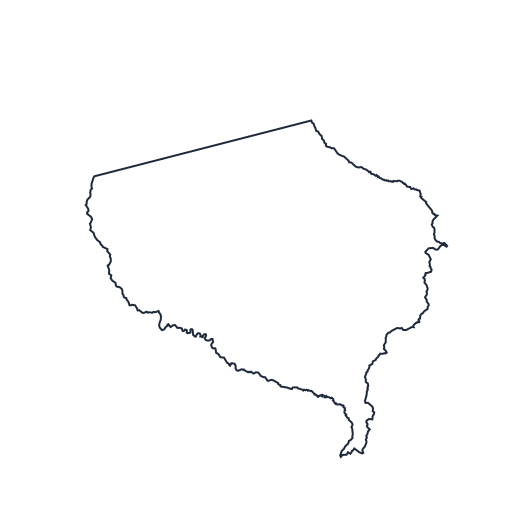 Ñorquín, Neuquén, Argentina (Mercator projection), rotated 205°
{"feature_id": "61730980B83392374898421", "entity_name": "Ñorquín", "entity_type": "district", "adm_level": 2, "iso_a3": "ARG", "parent_name": "Argentina", "parent_adm1": "Neuquén", "projection": "mercator", "projection_center": [-70.939, -37.623], "detail": "fine", "context": "isolated", "style": "outline", "palette": "slate", "viewbox_px": 512, "rotation_deg": 205, "n_neighbors": 0, "source": "geoboundaries", "source_scale": "gbopen_adm2", "svg_char_len": 6034}
<svg xmlns="http://www.w3.org/2000/svg" viewBox="0 0 512 512"><g transform="rotate(205 256 256)"><path d="M94.2,109.8L93.5,112.3L89.9,114.2L89.7,117.0L87.0,116.6L86.5,118.0L86.7,119.7L86.0,120.6L85.6,123.1L79.5,121.8L76.4,121.9L75.6,122.8L77.3,124.6L77.7,126.2L76.8,129.4L77.1,133.7L77.7,134.9L78.8,135.8L78.8,138.3L80.0,139.4L79.8,142.1L80.4,144.3L79.6,146.9L82.9,148.0L83.8,149.1L83.6,150.2L84.3,151.3L85.7,151.9L86.3,153.2L84.8,156.0L81.5,157.1L82.6,160.3L82.3,162.7L82.8,164.3L84.7,164.7L85.6,167.6L87.3,168.8L92.6,170.3L94.6,169.1L96.0,170.7L97.0,176.7L98.3,180.2L98.1,181.9L99.0,182.8L98.9,183.8L99.6,184.7L99.4,185.8L100.8,187.8L102.9,188.1L103.7,188.9L104.2,190.5L106.2,192.6L106.4,196.3L106.8,196.8L106.1,198.6L106.5,199.6L106.1,201.4L106.4,203.7L107.0,204.7L105.0,207.1L105.5,210.0L103.6,212.4L103.7,213.8L103.0,215.3L102.6,217.1L102.9,217.8L102.2,218.7L102.3,219.9L100.0,220.8L98.4,222.3L97.5,222.3L96.7,223.7L98.3,224.9L100.8,225.8L101.2,227.7L102.4,228.9L102.0,232.8L103.9,236.7L103.9,238.2L104.4,239.5L103.8,242.1L102.3,243.4L101.8,244.9L97.8,250.3L94.4,251.4L93.6,252.4L91.3,251.2L88.7,252.3L84.7,257.5L83.1,258.1L83.9,258.6L83.9,260.0L82.8,262.9L82.0,263.5L81.9,264.2L81.2,264.2L80.1,265.2L80.3,265.8L81.7,266.6L81.7,267.8L80.9,268.6L82.0,271.4L81.5,273.7L80.7,274.4L80.2,277.1L78.1,280.5L78.9,282.4L78.6,284.2L79.1,285.2L82.0,286.9L83.0,288.6L85.4,290.0L84.9,293.2L85.2,294.3L86.5,296.0L86.3,298.1L86.9,299.4L89.5,301.9L92.1,303.1L92.5,304.9L93.4,306.4L95.2,307.0L94.3,310.2L94.8,310.6L95.0,312.3L93.8,312.8L90.7,315.8L91.1,317.9L92.3,318.5L93.4,320.0L94.3,320.1L94.6,321.5L96.4,323.9L96.2,326.9L100.1,330.0L103.7,330.5L104.3,331.5L102.7,336.0L98.8,338.2L96.3,337.7L94.9,338.1L93.9,338.9L93.1,343.0L92.2,344.4L90.4,345.5L87.3,345.0L87.1,346.0L90.8,347.4L92.7,345.9L94.6,345.6L96.2,346.1L98.1,345.6L100.5,346.6L101.9,347.8L102.6,349.8L103.9,350.8L104.2,352.9L105.4,355.5L106.5,356.8L108.1,357.1L110.1,358.9L109.8,360.1L110.7,362.2L110.6,364.0L108.7,369.3L111.1,368.7L112.2,369.5L112.9,369.1L114.6,369.7L115.0,370.8L116.4,371.9L122.8,374.9L124.4,376.0L124.5,376.8L130.4,378.3L131.2,378.8L131.2,379.6L132.3,379.4L132.8,381.5L135.4,384.4L138.0,383.8L139.0,384.1L140.1,383.4L142.0,383.8L142.7,382.8L143.9,382.4L145.4,383.7L148.5,382.7L150.7,384.2L152.0,383.9L152.3,384.5L153.6,384.2L154.6,384.8L157.6,384.9L159.2,384.3L159.8,383.3L163.2,382.1L163.1,381.2L164.1,380.7L165.5,380.8L167.2,379.8L168.3,380.2L169.2,379.5L169.7,379.8L171.6,378.8L172.2,379.3L173.7,378.8L174.9,379.2L176.7,379.0L178.0,379.6L178.6,379.2L178.7,379.8L180.7,380.3L180.7,379.5L181.2,379.2L183.4,379.8L186.4,379.2L187.4,380.3L188.4,379.9L188.4,380.5L189.3,380.1L192.6,380.9L195.4,380.5L197.9,381.2L200.8,379.4L203.8,379.2L209.0,381.0L211.2,380.3L212.4,381.5L218.0,383.3L223.3,383.0L225.6,383.5L230.8,386.6L233.3,385.5L234.2,385.9L238.0,385.1L239.0,385.3L239.6,386.0L239.9,387.2L241.7,387.5L243.5,389.5L245.4,389.9L247.4,392.6L250.0,393.3L252.1,395.0L254.2,394.8L256.8,397.6L257.9,398.2L259.4,400.1L261.5,400.5L263.1,402.2L436.2,259.9L436.4,258.4L435.5,251.8L434.2,248.9L433.1,247.8L433.8,246.1L433.1,243.3L432.1,242.2L431.5,240.6L431.4,239.3L432.6,235.8L432.3,233.4L431.5,231.4L431.9,230.3L428.5,228.2L427.0,226.5L426.9,225.5L427.5,224.4L426.9,222.9L421.9,221.7L420.1,220.2L419.9,216.3L420.2,215.2L417.7,212.2L417.2,209.4L412.9,208.3L410.5,205.5L406.8,203.4L402.9,202.5L402.3,201.3L399.4,200.2L398.7,199.5L393.5,199.5L392.9,197.5L388.7,195.7L388.3,193.9L386.3,192.0L385.3,189.5L385.5,185.7L386.4,184.9L386.4,184.5L383.1,181.3L381.8,177.8L379.0,177.3L378.3,174.3L375.7,172.9L371.9,172.3L370.8,170.4L369.5,169.4L366.3,170.1L363.9,169.5L362.6,168.4L360.9,165.1L359.5,164.5L358.5,163.0L357.6,162.7L355.8,163.1L354.7,161.7L352.4,160.7L349.8,157.9L348.7,158.3L347.8,159.4L344.7,160.2L341.6,158.2L340.5,156.8L340.0,156.7L339.1,157.5L334.6,156.5L333.3,157.3L331.5,159.4L330.3,158.9L328.7,160.0L326.0,160.7L325.4,161.9L323.2,162.7L321.1,165.0L319.6,163.5L318.0,162.8L316.6,161.1L315.4,158.0L315.1,154.3L314.3,151.8L312.7,150.3L309.8,149.1L308.2,150.7L307.8,153.5L306.6,155.6L307.2,156.5L306.6,157.2L303.4,155.5L301.8,158.3L300.0,159.2L296.9,157.6L294.6,158.8L292.6,159.0L291.2,157.3L290.4,157.1L289.7,157.6L289.2,159.4L287.9,159.5L287.2,159.4L286.4,157.2L285.4,157.1L283.3,158.5L283.1,159.1L284.3,161.5L283.8,162.4L283.0,162.6L282.0,162.0L279.6,157.9L277.0,157.2L276.4,157.7L276.6,159.7L275.9,161.6L274.2,162.0L272.9,161.0L272.4,159.5L271.3,160.1L270.5,159.7L270.1,160.3L270.3,161.7L270.1,162.9L268.6,163.9L267.5,162.6L267.8,159.8L265.9,158.6L264.1,158.9L262.3,159.9L261.7,161.7L260.4,162.4L258.6,160.0L259.1,157.3L258.9,156.1L256.7,154.2L255.8,154.1L254.4,155.1L253.6,154.9L251.2,151.4L248.6,151.3L245.6,149.2L242.0,150.4L237.3,147.1L234.8,146.8L234.5,146.1L233.2,145.6L232.9,148.5L229.8,149.3L228.0,147.8L227.1,145.6L225.2,144.2L223.6,144.5L221.1,147.3L220.0,147.3L219.1,148.0L218.6,147.6L214.0,147.3L213.5,148.1L212.2,148.1L211.7,149.1L208.6,148.4L206.9,150.6L204.6,151.3L201.0,149.3L198.0,149.4L196.5,150.0L193.0,147.9L192.2,148.0L189.5,150.4L188.2,150.6L182.2,150.2L181.7,149.3L179.3,149.2L178.9,148.3L178.3,148.2L172.0,150.0L168.4,150.2L167.2,150.7L167.3,152.0L166.9,152.6L163.1,154.3L162.1,153.8L156.9,154.5L156.3,154.1L155.8,155.2L154.4,155.2L153.3,156.3L152.1,155.9L151.9,156.5L149.6,156.7L148.8,157.2L145.2,155.9L144.5,155.2L143.8,155.8L140.2,154.5L140.0,155.0L140.6,155.5L139.6,155.7L138.9,156.9L137.1,156.8L137.9,157.6L137.3,158.2L135.3,158.1L133.7,157.0L132.7,157.7L133.3,158.6L133.1,158.9L132.1,158.3L130.1,158.9L128.2,158.6L127.5,159.6L125.7,159.1L124.8,158.0L125.1,157.6L121.6,155.6L121.3,156.3L119.6,155.7L116.9,157.3L115.1,156.8L113.8,157.5L113.3,157.3L112.9,156.0L111.0,155.7L111.0,154.8L110.0,153.9L110.3,153.1L110.0,152.1L109.3,151.0L107.3,150.5L107.3,149.3L106.5,149.2L105.3,148.1L103.3,148.0L102.5,146.5L99.6,145.8L98.0,144.9L97.2,143.8L97.1,141.2L95.9,140.3L93.0,135.4L92.4,133.0L91.6,131.8L92.6,128.9L93.6,127.8L93.2,124.9L94.6,121.6L94.9,118.2L95.9,115.6L95.4,110.8L94.2,109.8Z" fill="none" stroke="#1e293b" stroke-width="2"/></g></svg>